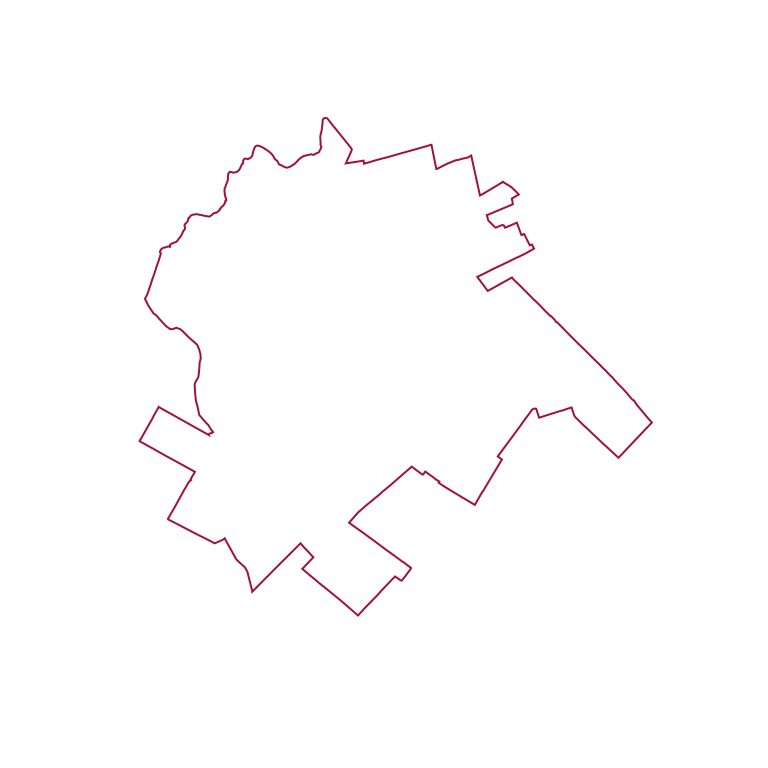 the district of Ileana, Calarasi, Romania, rotated 115°
{"feature_id": "2599482B99093410988413", "entity_name": "Ileana", "entity_type": "district", "adm_level": 2, "iso_a3": "ROU", "parent_name": "Romania", "parent_adm1": "Calarasi", "projection": "orthographic", "projection_center": [26.682, 44.52], "detail": "fine", "context": "isolated", "style": "outline", "palette": "rose", "viewbox_px": 768, "rotation_deg": 115, "n_neighbors": 0, "source": "geoboundaries", "source_scale": "gbopen_adm2", "svg_char_len": 6130}
<svg xmlns="http://www.w3.org/2000/svg" viewBox="0 0 768 768"><g transform="rotate(115 384 384)"><path d="M539.1,581.3L541.4,550.5L542.1,538.7L543.5,518.2L544.6,518.3L552.0,519.0L552.6,518.2L554.0,519.1L556.4,519.6L563.6,520.2L563.9,520.3L583.7,521.6L597.4,522.8L597.8,522.6L597.9,522.4L599.2,492.0L599.7,474.9L600.0,470.2L593.5,464.4L592.6,463.8L591.2,463.2L603.8,445.9L605.3,443.8L605.5,443.4L606.6,440.1L608.9,432.7L610.0,431.1L611.8,428.6L612.2,428.2L623.7,418.9L627.0,416.1L627.9,415.6L595.3,403.9L563.6,392.3L566.2,386.8L566.8,384.9L570.9,374.8L586.1,379.9L588.5,371.0L588.8,370.5L588.8,369.7L589.1,368.6L592.8,354.9L592.9,354.0L598.3,332.5L600.2,325.7L604.8,309.7L595.1,306.7L579.5,301.2L573.9,299.4L573.8,299.5L562.6,295.7L558.1,294.2L554.5,292.9L553.8,292.7L554.2,289.9L554.8,286.7L554.9,285.8L554.8,284.9L551.4,284.0L547.0,283.0L539.7,281.6L539.3,281.8L537.3,291.0L537.3,291.5L537.3,292.2L536.5,295.6L533.2,312.9L530.5,325.7L527.9,338.9L526.1,348.7L524.5,357.0L511.6,353.3L502.7,349.4L484.4,340.6L483.3,340.4L475.1,336.4L447.2,324.0L449.7,311.9L449.8,311.0L449.7,310.5L449.3,310.2L445.9,309.6L448.1,298.2L448.5,297.2L449.1,292.5L450.5,292.6L451.5,285.6L452.4,277.7L455.2,250.6L440.0,249.3L439.5,249.0L402.6,245.2L401.5,250.3L374.1,244.7L362.0,242.3L360.9,242.2L344.6,238.9L344.0,238.5L342.8,237.5L342.1,235.6L349.0,229.2L335.1,214.1L331.0,209.3L330.6,209.1L326.6,204.8L326.0,204.1L331.6,198.8L333.0,197.2L337.1,185.5L338.7,180.4L339.2,178.9L339.6,178.0L343.1,167.2L345.2,161.1L345.8,159.3L346.2,157.7L351.8,140.3L313.6,127.6L305.7,124.9L303.6,129.9L296.8,144.4L295.1,147.7L293.4,150.1L293.3,150.6L293.3,151.3L293.2,152.3L292.5,153.9L290.7,157.7L289.5,160.3L288.8,162.0L287.0,166.3L286.2,168.6L283.8,174.8L281.8,179.3L281.6,179.6L280.9,181.8L279.5,185.7L278.4,188.2L277.0,192.4L274.4,199.2L274.4,199.6L271.7,207.1L267.3,219.1L265.5,224.6L263.8,229.3L260.9,237.2L259.0,242.2L254.9,253.2L255.2,254.2L255.0,254.4L254.4,255.2L253.4,257.1L252.6,259.5L251.9,261.1L251.9,261.7L252.0,262.7L251.8,263.0L251.6,263.3L251.1,264.6L249.2,270.0L246.6,276.6L244.5,282.6L244.4,283.8L243.5,285.6L242.6,288.0L238.8,298.6L238.5,299.1L234.7,310.2L233.9,312.2L233.4,313.0L235.1,314.3L255.8,329.3L247.5,344.7L244.6,342.4L242.6,340.7L234.1,334.1L220.7,323.0L216.2,319.4L206.3,311.2L197.9,305.2L195.1,308.9L196.7,310.5L188.9,320.3L188.9,320.5L189.0,320.7L190.8,322.1L190.8,322.4L190.7,322.7L182.7,330.7L181.7,331.8L188.1,337.5L191.2,340.4L189.7,342.4L189.7,343.2L189.8,343.8L190.3,344.4L195.0,348.7L195.2,349.2L191.9,358.2L191.5,358.8L187.4,362.2L186.1,360.8L166.7,343.2L164.2,344.8L161.9,346.5L155.3,341.9L154.0,345.1L151.7,351.8L150.8,359.9L150.5,361.7L150.6,362.0L150.9,361.9L151.4,362.0L152.7,363.1L155.8,365.1L170.1,374.8L172.6,376.7L140.1,401.5L140.9,402.0L141.6,402.5L143.3,403.8L143.9,404.5L144.8,405.5L145.6,406.8L148.9,410.7L151.1,413.7L153.4,415.9L157.5,419.7L166.9,427.1L167.0,427.5L147.1,442.1L157.1,453.6L169.4,468.0L175.3,474.7L184.3,485.6L189.9,491.8L191.3,493.6L192.8,495.2L190.2,496.9L200.2,511.8L187.5,512.0L185.2,512.2L184.7,512.6L184.3,513.2L183.1,515.5L173.8,534.4L171.7,538.9L167.5,547.1L167.3,547.6L167.4,548.8L167.8,549.9L168.8,550.8L170.0,551.1L171.1,551.0L172.9,550.3L174.4,549.6L179.8,547.9L183.0,547.1L184.2,547.0L185.4,546.7L187.1,546.1L188.0,545.7L192.3,543.3L193.6,542.8L194.6,542.1L195.8,540.9L197.3,540.7L199.5,541.0L201.5,541.0L202.1,541.3L202.5,541.8L202.8,542.3L204.4,543.3L204.9,543.8L205.9,544.4L206.4,545.4L206.4,545.8L206.4,546.5L206.7,547.2L211.0,552.7L211.6,553.3L212.7,554.1L215.0,555.4L216.8,556.2L220.4,557.3L222.6,558.2L226.8,561.0L228.3,562.5L229.2,563.9L229.4,567.2L229.2,569.6L229.2,570.9L229.4,571.5L229.1,572.4L227.9,573.6L227.0,575.0L226.2,577.9L225.8,578.7L224.0,581.0L223.5,582.0L222.7,584.1L221.8,587.2L221.3,590.0L221.4,590.6L221.2,591.7L220.9,593.0L220.9,594.2L220.9,596.5L221.0,598.1L221.2,598.9L221.5,599.6L222.1,600.3L223.0,600.9L224.0,601.2L228.4,600.8L232.5,599.9L233.8,600.0L235.2,600.4L237.2,601.9L237.7,602.6L238.3,605.0L238.7,605.5L239.4,605.8L240.7,606.0L241.5,606.0L242.9,605.1L243.8,605.1L244.5,605.6L244.9,605.6L249.6,605.6L251.5,605.8L253.3,606.6L254.0,607.1L254.8,607.9L255.5,608.8L255.7,609.4L256.1,609.8L256.5,611.4L256.5,612.0L256.8,613.3L257.1,613.6L257.9,613.8L259.9,613.9L260.7,613.4L261.6,613.3L264.4,612.0L267.3,611.4L270.2,611.4L271.0,611.2L272.7,611.0L273.2,611.0L273.4,611.1L273.7,611.2L276.6,610.1L277.3,609.6L278.5,609.0L278.8,608.7L279.4,608.4L279.7,608.1L279.9,608.1L282.1,606.2L283.6,604.8L284.2,604.5L285.2,604.8L285.5,605.2L287.2,604.7L289.4,604.9L290.8,605.3L291.9,605.9L294.1,606.5L294.5,606.4L294.9,606.7L296.1,606.6L299.2,608.0L299.6,608.5L299.9,609.1L300.4,609.5L300.6,609.8L301.5,610.7L303.3,611.3L305.7,612.7L306.3,613.6L306.5,614.3L307.8,619.2L307.8,619.9L308.1,621.2L308.8,623.3L308.9,624.4L309.1,625.1L309.4,625.9L310.1,626.9L311.6,629.1L312.4,629.8L313.3,630.3L314.8,630.7L315.8,630.8L316.4,631.4L316.8,631.3L317.2,631.1L317.7,631.0L318.9,630.8L320.1,630.8L323.4,631.9L324.3,631.9L325.0,631.6L325.9,630.7L327.7,630.0L328.1,629.9L330.0,630.5L331.0,630.6L332.7,630.4L336.6,630.7L339.5,631.5L341.1,631.7L342.4,632.1L343.0,632.4L346.5,635.7L347.3,636.3L348.1,636.6L349.0,636.6L350.0,635.8L350.2,636.0L350.3,637.3L350.5,637.7L350.6,637.9L351.7,638.9L352.4,639.6L352.8,640.3L353.6,641.3L354.8,642.2L356.5,643.1L359.2,642.8L359.8,641.8L360.1,641.3L365.8,640.6L366.7,640.4L373.2,639.8L382.1,638.6L382.8,638.6L388.3,638.1L391.0,637.7L400.8,636.6L402.0,636.5L405.9,636.5L406.5,636.6L407.9,636.6L409.0,635.1L412.7,630.5L417.3,623.0L418.2,619.0L420.1,614.8L423.5,606.5L424.6,601.2L423.8,598.9L420.9,596.1L420.4,592.0L421.2,588.8L422.6,585.0L424.1,581.1L425.1,577.8L425.9,574.9L427.3,570.0L430.5,566.4L434.4,563.1L438.0,561.0L442.9,560.0L447.8,558.0L453.8,555.9L456.4,555.2L460.9,555.6L462.9,555.7L464.9,555.2L470.2,552.4L475.2,549.5L478.5,547.4L481.6,545.0L484.3,542.6L490.1,538.4L491.6,535.2L493.6,530.7L495.7,525.4L498.2,521.9L499.9,518.5L501.4,519.4L501.7,519.7L502.0,520.5L502.8,521.3L503.4,521.4L503.9,521.5L504.3,521.1L500.2,576.7L500.0,578.5L510.7,579.3L511.7,579.2L538.3,581.3L539.1,581.3Z" fill="none" stroke="#9f1239" stroke-width="2"/></g></svg>